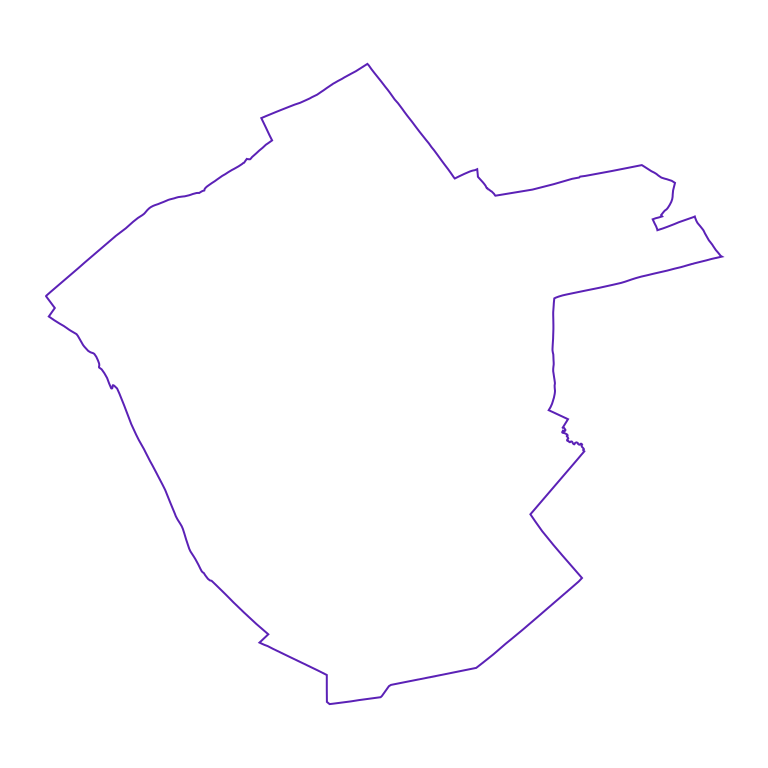 outline of Pochidia, Galati, Romania
{"feature_id": "2599482B31598853043791", "entity_name": "Pochidia", "entity_type": "district", "adm_level": 2, "iso_a3": "ROU", "parent_name": "Romania", "parent_adm1": "Galati", "projection": "natural_earth1", "projection_center": [27.58, 46.045], "detail": "fine", "context": "isolated", "style": "outline", "palette": "violet", "viewbox_px": 768, "rotation_deg": 0, "n_neighbors": 0, "source": "geoboundaries", "source_scale": "gbopen_adm2", "svg_char_len": 6052}
<svg xmlns="http://www.w3.org/2000/svg" viewBox="0 0 768 768"><path d="M477.2,169.2L476.3,169.6L474.8,170.2L473.1,170.5L471.6,170.9L469.6,171.6L464.3,173.9L459.0,176.4L454.8,178.5L454.0,177.6L450.9,173.1L448.1,169.2L444.6,164.6L441.4,160.3L437.5,154.9L434.1,150.3L431.5,147.1L428.8,143.3L426.0,139.9L419.5,131.7L415.7,126.7L412.2,122.0L407.1,115.5L404.2,111.6L402.5,109.2L398.0,103.2L394.7,99.5L389.8,92.6L387.7,89.8L385.2,86.7L381.3,81.6L374.5,73.1L371.4,69.1L368.8,65.4L367.4,63.9L365.2,65.3L355.9,71.2L350.8,73.9L344.2,77.5L342.1,78.8L337.9,81.0L334.8,82.8L333.3,83.6L328.0,87.2L326.8,88.0L323.6,90.3L321.6,91.6L317.1,94.7L311.9,97.2L309.8,98.4L306.1,100.1L300.1,102.8L294.7,104.6L289.3,106.7L281.2,109.9L275.7,112.1L271.6,113.8L266.0,116.1L261.3,118.1L263.7,123.0L266.1,128.0L267.6,131.2L269.4,135.0L272.1,140.4L270.4,141.6L268.0,143.3L265.9,144.7L262.6,147.8L259.3,150.5L256.3,153.3L252.9,156.3L252.0,157.1L250.9,158.5L250.2,159.2L249.4,159.3L248.5,159.2L247.4,159.1L246.8,158.9L245.2,161.1L244.4,162.3L244.0,162.8L243.3,163.0L242.1,164.0L238.6,166.3L234.2,168.8L231.9,170.0L228.4,172.1L225.2,174.2L222.2,175.9L220.5,177.1L216.8,179.7L214.9,181.1L211.8,183.1L208.8,185.2L207.0,186.5L205.8,187.6L205.0,188.5L204.6,189.2L204.5,189.8L204.3,190.5L203.8,190.6L202.8,190.9L201.7,191.4L200.4,192.2L199.1,193.0L198.6,192.9L196.6,193.0L192.8,194.0L190.9,194.7L189.0,195.3L184.8,196.3L182.0,196.6L178.3,197.1L176.1,197.7L174.3,198.3L171.9,198.9L169.9,199.4L168.3,199.9L166.7,200.6L163.4,202.0L160.8,203.0L158.1,204.1L155.1,205.1L153.1,205.9L151.0,207.0L149.4,208.1L147.4,210.0L145.1,212.7L144.2,213.7L142.4,215.1L138.0,217.9L133.2,221.7L125.8,228.3L115.9,235.8L102.6,247.2L84.5,262.7L78.5,268.0L69.4,275.8L50.5,292.0L46.2,295.8L46.1,296.3L54.8,308.0L48.8,316.5L54.2,320.2L59.8,323.7L63.8,326.0L69.4,329.9L71.5,331.2L76.5,334.1L77.8,335.8L83.0,344.9L84.2,346.5L88.2,350.9L90.5,352.3L93.2,353.2L94.3,353.9L96.3,356.8L98.0,360.5L99.1,363.5L99.3,365.1L99.0,366.9L99.1,367.5L101.6,369.3L104.3,373.1L107.1,378.0L109.1,383.4L111.2,388.3L111.8,388.5L112.2,388.3L112.5,387.3L112.6,385.9L112.8,385.4L113.0,385.2L113.4,385.3L114.2,385.7L117.1,388.5L119.4,393.6L121.0,397.6L124.1,405.3L131.3,424.2L136.1,434.6L138.8,440.0L144.0,449.2L145.4,452.0L150.1,461.2L152.6,465.7L156.5,473.1L158.0,476.0L162.7,485.0L165.2,490.0L170.3,502.7L174.9,513.8L175.8,516.2L177.5,519.4L178.5,521.0L180.1,523.5L181.7,526.2L182.9,529.0L184.4,533.7L186.1,539.4L187.8,544.5L189.2,548.7L190.5,551.5L193.5,556.1L195.3,559.0L198.3,564.5L200.5,569.0L201.8,571.4L202.8,572.4L203.8,573.0L205.3,575.4L207.9,578.8L209.9,580.4L211.6,580.8L216.0,585.0L225.6,594.4L233.6,602.5L244.1,612.6L256.5,624.1L268.3,634.3L259.5,642.6L261.6,643.6L264.5,644.9L267.7,646.1L273.1,648.9L290.9,657.5L317.7,670.4L326.8,675.0L326.8,688.5L326.9,701.9L329.6,704.1L333.0,703.7L350.8,701.4L359.0,700.1L380.6,697.2L381.9,696.0L388.9,686.2L391.0,684.9L406.6,681.8L436.5,675.9L476.2,667.9L483.5,662.2L493.2,654.5L505.6,643.8L511.6,638.9L521.9,630.4L537.1,617.4L548.1,607.9L571.9,587.4L578.7,581.5L582.0,578.0L562.4,555.5L553.6,545.2L542.2,531.2L535.1,521.2L530.4,514.3L577.7,459.1L581.3,454.8L584.0,451.7L584.3,451.3L583.6,450.8L583.3,450.4L583.2,450.0L583.7,449.7L583.9,449.4L583.9,449.1L583.3,448.2L582.1,447.0L581.8,446.4L581.6,445.9L581.5,445.3L581.9,444.9L582.1,444.7L581.9,444.3L581.7,444.0L581.1,443.7L580.6,443.8L580.2,444.1L579.9,444.5L579.4,444.7L578.8,444.5L578.4,444.2L578.0,443.8L577.8,443.2L577.6,442.8L576.4,442.4L576.1,442.5L575.7,442.7L575.1,443.0L574.8,443.5L574.6,443.9L574.5,444.1L574.3,444.3L573.8,444.2L573.5,444.0L573.0,443.4L572.2,441.9L571.7,441.5L570.7,441.6L570.5,441.8L570.2,442.1L569.8,442.2L569.5,442.1L569.1,441.8L568.9,441.5L568.5,441.2L568.1,440.6L567.8,440.6L567.7,440.9L567.3,440.7L567.1,440.4L567.1,440.0L567.4,439.3L568.2,438.4L568.0,438.0L567.9,437.4L566.8,436.3L566.8,436.1L567.1,436.0L567.4,435.7L567.6,435.3L567.4,434.8L566.7,434.2L566.1,433.9L565.6,433.7L564.9,433.3L563.8,433.0L562.8,432.8L562.5,432.7L562.4,432.6L562.2,432.2L562.4,431.7L562.5,431.6L562.7,431.3L562.8,431.0L562.9,430.7L563.2,430.8L563.8,431.3L564.1,431.3L564.3,431.2L564.5,430.8L564.6,430.5L565.1,430.7L565.3,430.5L565.4,430.1L565.4,429.8L563.9,427.7L563.6,427.6L562.8,427.8L562.7,427.7L568.0,419.2L559.9,415.4L548.7,410.2L550.5,407.2L552.0,403.9L552.9,401.1L553.5,399.0L553.9,397.8L554.7,393.9L554.9,392.3L555.0,390.9L554.7,387.8L554.6,385.5L554.9,383.7L554.9,382.8L554.5,379.8L554.0,376.6L553.6,373.8L553.2,371.2L553.2,369.0L553.4,366.9L553.7,364.5L553.7,362.9L553.5,359.5L553.4,356.8L553.3,354.5L552.8,352.3L552.5,350.3L552.5,349.0L552.7,345.0L553.1,338.7L553.2,335.0L553.4,329.0L553.4,325.2L553.3,319.2L553.2,314.8L553.2,312.3L553.7,305.3L553.8,303.4L554.1,300.2L554.3,298.4L555.9,297.6L558.6,296.6L562.6,295.4L566.1,294.6L572.8,293.2L585.4,290.6L599.3,287.8L613.3,284.7L621.1,282.9L625.1,281.7L631.5,279.5L635.9,278.1L641.3,276.6L647.0,275.3L649.5,274.7L653.6,273.7L667.2,270.6L674.4,268.7L681.1,267.1L691.8,264.0L692.9,263.8L694.1,263.4L706.6,260.3L711.3,259.0L721.9,256.6L720.7,255.9L717.9,252.4L715.8,250.0L713.1,246.0L712.3,244.7L708.8,240.2L705.0,233.5L703.5,230.4L702.3,228.8L699.9,225.8L698.6,224.3L697.4,222.8L696.3,220.7L695.2,217.9L694.8,216.5L694.0,216.9L693.2,217.2L678.9,222.2L674.1,224.2L667.1,226.9L663.0,228.4L657.4,230.2L657.2,229.2L656.1,226.3L654.6,223.4L652.7,219.3L655.8,218.2L658.6,217.5L662.2,216.4L661.1,215.1L663.4,212.2L664.7,210.7L666.6,209.3L667.8,207.9L669.7,204.9L671.3,201.8L672.2,199.2L672.6,196.8L672.7,194.6L673.1,190.4L674.0,186.8L675.0,182.9L673.0,181.6L671.7,180.8L669.5,180.1L666.8,179.2L664.5,178.6L661.4,177.6L658.3,175.5L656.5,174.0L654.4,172.7L651.4,171.2L644.4,166.7L642.0,165.2L641.8,165.1L628.2,167.8L611.4,171.1L585.4,175.9L580.1,176.6L579.2,177.5L572.2,178.8L553.6,184.2L532.4,189.6L495.4,195.7L495.1,195.5L494.0,193.8L491.6,191.4L490.9,191.1L488.9,189.5L488.3,189.4L487.3,188.1L486.8,188.2L486.1,186.9L485.7,186.0L484.8,184.7L483.8,183.4L482.7,182.1L479.7,178.8L478.0,176.9L477.9,176.7L477.8,175.1L477.2,169.2Z" fill="none" stroke="#5b21b6" stroke-width="2"/></svg>